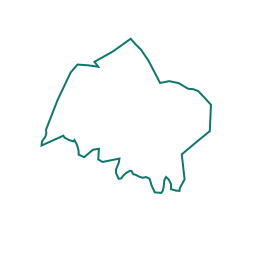 outline of Bərdə, rotated 149°
{"feature_id": "AZE-1696", "entity_name": "Bərdə", "entity_type": "District", "adm_level": 1, "iso_a3": "AZE", "parent_name": "Azerbaijan", "parent_adm1": "", "projection": "orthographic", "projection_center": [47.272, 40.358], "detail": "fine", "context": "isolated", "style": "outline", "palette": "teal", "viewbox_px": 256, "rotation_deg": 149, "n_neighbors": 0, "source": "natural_earth", "source_scale": "10m", "svg_char_len": 1029}
<svg xmlns="http://www.w3.org/2000/svg" viewBox="0 0 256 256"><g transform="rotate(149 128 128)"><path d="M122.6,202.0L101.0,201.4L79.7,203.1L78.4,195.6L76.5,188.4L75.8,174.9L76.6,161.4L77.3,150.1L68.5,146.9L61.4,140.3L56.3,130.7L52.0,127.6L48.8,123.5L46.8,114.4L44.9,105.2L59.5,83.2L78.1,80.5L95.5,77.7L105.9,54.9L114.3,49.9L116.3,47.6L116.6,47.8L119.1,49.6L122.6,53.4L120.0,57.7L119.6,62.8L120.6,66.4L123.6,64.7L127.8,59.1L130.6,56.3L132.9,55.2L138.2,59.1L137.4,66.5L135.6,73.5L137.8,76.6L141.2,77.9L143.6,80.7L145.2,83.4L146.2,84.7L147.3,85.6L147.1,89.4L148.2,90.3L152.8,90.4L156.4,89.7L159.8,88.3L162.1,89.2L161.5,95.4L159.7,98.5L153.6,103.2L151.1,106.2L167.3,112.0L169.7,116.4L163.6,125.2L169.3,127.4L180.6,125.6L184.0,130.5L182.2,133.8L181.0,137.3L180.3,141.1L180.2,145.3L181.6,144.6L184.8,148.1L186.7,151.4L187.4,152.5L187.3,154.7L211.1,157.5L208.7,160.8L203.2,163.2L200.7,165.6L199.1,168.8L173.9,188.3L148.6,205.1L138.6,208.4L129.8,202.2L122.0,195.8L122.6,202.0Z" fill="none" stroke="#0f766e" stroke-width="2"/></g></svg>